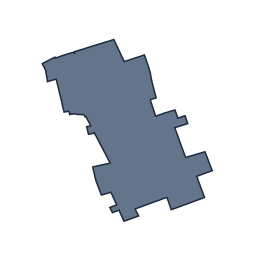 Dragos Voda, Calarasi, Romania, rotated 61°
{"feature_id": "2599482B24421220796675", "entity_name": "Dragos Voda", "entity_type": "district", "adm_level": 2, "iso_a3": "ROU", "parent_name": "Romania", "parent_adm1": "Calarasi", "projection": "equal_earth", "projection_center": [27.177, 44.458], "detail": "fine", "context": "isolated", "style": "filled", "palette": "slate", "viewbox_px": 256, "rotation_deg": 61, "n_neighbors": 0, "source": "geoboundaries", "source_scale": "gbopen_adm2", "svg_char_len": 4772}
<svg xmlns="http://www.w3.org/2000/svg" viewBox="0 0 256 256"><g transform="rotate(61 128 128)"><path d="M207.6,176.7L207.7,176.2L208.9,168.7L210.1,161.3L202.3,161.1L202.5,159.6L203.2,155.0L204.7,145.0L206.3,135.2L207.3,128.7L207.5,128.1L207.9,127.6L211.9,128.3L214.2,128.7L219.6,129.7L220.4,129.8L220.5,129.2L222.9,114.2L224.5,103.4L224.9,101.0L225.5,97.3L225.8,94.7L217.0,93.4L210.3,92.4L203.6,91.3L206.1,75.0L194.1,73.3L186.1,72.2L184.6,79.0L183.3,84.8L183.3,85.0L183.2,85.4L182.6,87.7L181.7,91.9L179.6,91.6L166.1,89.5L162.6,88.9L159.2,88.3L150.5,87.0L150.6,86.0L150.9,84.6L153.1,73.6L149.1,72.9L145.1,72.2L144.9,72.2L144.8,72.6L144.7,73.1L143.5,79.6L139.4,78.9L135.3,78.3L135.0,78.2L134.9,78.4L134.6,79.8L134.3,81.4L134.0,82.6L133.9,83.1L133.7,83.8L133.5,84.7L133.4,85.4L133.2,86.2L133.0,87.1L132.9,87.8L132.6,88.6L132.5,88.9L132.6,89.0L132.1,92.0L131.9,93.0L131.7,94.1L131.3,96.9L131.1,98.1L130.1,97.9L128.6,97.6L126.5,97.2L124.6,96.9L123.9,96.7L123.5,96.6L122.2,96.3L121.5,96.3L119.0,95.8L117.7,95.5L115.9,95.2L114.1,94.8L114.1,94.5L114.4,93.4L114.6,92.3L114.8,91.1L115.1,89.9L115.3,88.8L109.9,87.4L106.4,86.5L104.2,85.9L102.0,85.4L100.8,85.1L98.5,84.4L96.2,83.7L94.3,83.1L91.9,82.2L91.0,81.9L90.5,81.7L88.2,81.3L87.0,81.0L85.7,80.7L84.7,80.4L84.2,80.3L83.5,80.2L80.9,79.8L78.7,79.4L78.1,79.3L75.7,78.8L73.8,78.5L72.0,78.3L71.7,79.9L71.6,80.7L70.8,84.8L69.7,90.4L69.6,91.0L69.1,93.8L68.3,97.9L68.1,99.1L65.6,98.9L63.3,98.8L60.7,98.6L60.2,98.6L57.7,98.4L56.4,98.3L55.9,98.3L55.6,98.3L55.0,98.2L54.6,98.2L53.3,98.1L52.4,98.1L51.9,98.1L51.4,98.0L50.8,98.0L50.0,97.9L49.6,97.9L49.2,97.9L48.7,97.8L47.9,97.8L47.6,97.8L47.3,97.7L47.2,97.7L45.9,97.7L45.1,97.6L44.6,97.5L44.0,97.5L43.7,97.5L43.5,98.7L42.6,103.3L41.8,106.7L41.3,109.5L40.5,113.1L40.4,113.6L40.1,114.6L39.9,115.7L39.6,117.0L39.5,117.9L39.2,119.1L39.0,120.0L37.3,128.5L35.6,136.4L35.3,137.9L35.3,138.1L35.5,138.2L36.7,138.2L36.7,138.3L36.7,138.6L36.4,138.5L35.9,138.4L35.7,138.4L35.4,138.4L35.4,138.5L34.2,143.8L32.6,151.7L32.4,153.5L32.2,154.3L32.1,155.1L31.9,156.1L31.9,157.1L31.8,157.6L31.7,157.6L31.4,157.6L31.1,157.5L30.6,157.5L30.5,158.1L30.5,159.0L30.5,159.7L30.5,160.2L30.4,161.3L30.4,162.4L30.4,162.9L30.3,164.4L30.3,165.8L30.3,167.0L30.3,168.0L30.2,169.0L30.2,170.1L30.2,171.8L31.3,171.9L32.8,171.9L34.4,171.9L35.9,172.0L36.5,172.0L37.0,172.0L37.4,172.0L38.0,172.1L38.4,172.3L39.0,172.5L39.5,172.8L40.7,173.2L40.8,173.2L42.2,173.7L42.7,173.9L43.6,174.2L45.5,174.8L46.5,175.2L47.4,175.6L48.4,176.0L48.5,175.4L48.7,174.7L48.8,174.0L49.0,173.4L49.1,172.7L49.3,172.0L49.5,171.2L49.6,170.5L49.8,169.6L50.0,168.8L50.2,168.1L50.3,167.5L50.4,167.3L50.4,167.2L50.5,167.2L50.8,167.3L51.4,167.4L52.0,167.6L52.6,167.7L53.8,168.1L54.7,168.3L55.5,168.5L56.3,168.7L56.9,168.9L57.4,169.1L57.5,169.1L58.4,169.3L59.3,169.6L59.8,169.7L61.2,170.1L62.4,170.4L63.0,170.6L64.0,170.9L64.8,171.1L65.3,171.2L66.0,171.4L66.5,171.5L67.0,171.6L68.4,172.0L68.9,172.2L69.7,172.4L70.7,172.6L71.6,172.9L73.1,173.3L75.0,173.8L75.0,174.0L76.0,174.3L77.5,174.7L79.6,175.3L81.4,175.7L83.1,176.2L84.6,171.6L88.0,172.5L88.1,172.0L88.1,171.7L88.2,171.2L88.5,170.8L89.1,169.6L89.3,169.0L89.4,168.6L89.4,168.2L89.5,168.0L89.8,167.7L90.7,166.8L91.8,165.4L92.0,165.2L92.1,164.9L92.5,164.2L93.5,162.6L93.8,162.0L94.3,161.1L94.7,160.6L94.9,160.0L97.6,160.1L97.7,159.6L97.9,159.3L98.8,159.3L100.1,159.3L101.1,159.4L102.5,159.4L103.7,159.4L104.7,159.4L105.9,159.5L107.5,159.5L108.0,159.5L107.6,160.9L106.8,163.6L114.4,165.6L115.7,161.6L115.8,161.2L115.8,160.8L115.8,160.4L115.8,160.1L115.8,159.9L116.4,159.9L117.0,159.9L117.5,159.9L117.8,159.9L118.1,159.9L118.3,159.8L118.6,159.8L119.1,159.8L120.3,159.9L121.3,159.9L122.0,159.9L122.7,159.9L124.0,160.0L124.9,160.0L125.5,160.0L125.8,160.0L126.2,160.0L127.1,160.1L127.7,160.1L128.8,160.1L129.7,160.1L130.5,160.1L131.4,160.1L132.3,160.2L133.5,160.2L134.5,160.2L136.2,160.2L136.8,160.3L137.4,160.3L138.8,160.3L139.9,160.3L141.0,160.4L142.0,160.4L142.7,160.4L143.3,160.4L145.3,160.5L147.7,160.5L150.0,160.6L149.9,161.2L149.5,162.4L149.2,163.6L149.1,163.9L148.8,164.7L148.6,165.4L148.3,166.5L148.0,167.6L147.7,168.5L147.4,169.5L147.2,170.2L146.8,171.4L146.7,172.0L146.5,172.6L146.2,173.5L145.8,174.9L145.6,175.5L145.4,176.3L145.1,177.3L145.0,177.7L145.0,177.8L145.3,177.9L146.5,178.2L148.2,178.7L149.5,179.1L152.2,179.8L156.0,180.9L157.6,181.3L158.5,181.6L159.4,181.7L160.6,181.9L163.7,182.3L167.4,182.9L171.1,183.4L172.4,183.6L173.7,183.8L174.0,182.6L174.8,178.9L175.4,176.3L175.8,174.1L176.0,174.1L182.4,174.6L189.8,175.2L189.7,176.0L189.4,177.4L189.1,179.5L188.9,181.0L188.6,182.5L190.0,182.5L191.5,182.6L192.9,182.6L194.4,182.7L194.5,182.7L194.7,181.3L195.0,179.4L195.3,177.5L195.6,175.6L197.9,175.9L203.4,176.4L205.2,176.5L207.6,176.7Z" fill="#64748b" stroke="#1e293b" stroke-width="1.5"/></g></svg>